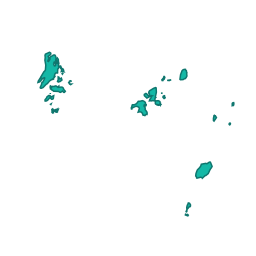 outline of Kota Tual, Indonesia, rotated 194°
{"feature_id": "22746128B79752231805890", "entity_name": "Kota Tual", "entity_type": "district", "adm_level": 2, "iso_a3": "IDN", "parent_name": "Indonesia", "parent_adm1": "", "projection": "mercator", "projection_center": [132.406, -5.449], "detail": "fine", "context": "isolated", "style": "filled", "palette": "teal", "viewbox_px": 256, "rotation_deg": 194, "n_neighbors": 0, "source": "geoboundaries", "source_scale": "gbopen_adm2", "svg_char_len": 5992}
<svg xmlns="http://www.w3.org/2000/svg" viewBox="0 0 256 256"><g transform="rotate(194 128 128)"><path d="M221.3,156.6L220.9,156.4L220.9,155.8L221.8,151.8L222.5,151.5L222.5,149.0L223.0,146.2L222.6,145.5L221.7,145.6L220.2,146.7L217.9,150.7L217.0,151.5L215.5,154.7L212.9,157.4L212.6,157.0L212.1,157.4L212.4,157.9L211.3,160.4L211.5,160.6L212.0,160.1L212.0,162.7L211.2,164.1L209.9,164.2L209.6,164.5L209.9,165.2L210.4,168.3L209.9,169.1L209.9,170.2L210.8,172.1L210.7,174.0L211.6,175.7L211.9,175.1L211.6,173.6L212.7,173.5L213.3,174.9L214.0,174.4L214.2,173.9L214.0,173.0L213.3,171.6L213.9,170.5L214.5,170.5L215.7,172.1L215.3,173.0L215.7,173.8L215.0,174.1L214.9,174.5L213.8,174.6L213.2,175.3L213.7,175.9L214.6,176.1L214.7,176.7L214.5,177.7L215.5,180.0L216.4,181.0L216.9,181.1L218.1,180.7L219.2,179.4L220.1,178.8L220.7,177.7L220.4,175.7L220.7,174.5L221.3,173.3L222.1,173.5L221.6,176.3L221.9,177.1L222.8,178.2L220.9,180.6L220.8,181.3L221.2,182.1L222.5,182.5L226.0,179.7L226.1,178.4L225.4,176.4L225.0,173.6L223.0,169.1L222.2,164.4L222.5,163.3L223.2,162.3L225.0,156.3L224.5,155.7L224.8,155.0L225.3,155.1L226.4,151.8L226.4,150.4L224.8,151.4L222.7,155.6L221.3,156.6ZM50.7,97.8L49.9,97.3L49.3,96.1L49.0,96.0L45.4,97.9L43.9,97.6L43.7,97.3L41.7,100.4L41.0,100.7L39.1,103.2L38.4,107.1L37.8,109.0L37.5,109.4L37.1,111.1L39.8,114.8L40.8,114.6L42.8,112.4L44.0,112.5L48.1,110.6L48.2,108.8L48.9,106.9L50.5,104.2L50.8,102.6L51.0,100.2L50.7,97.8ZM117.8,145.9L116.4,144.0L115.6,144.3L114.6,144.1L114.1,145.1L113.3,145.8L112.9,145.7L112.8,146.1L113.2,147.5L113.7,148.3L115.9,150.1L116.1,151.5L116.5,151.9L116.8,153.1L117.4,152.8L117.8,153.2L117.8,153.9L117.4,153.9L117.1,153.5L116.6,153.7L116.9,154.0L115.9,154.2L115.9,154.8L116.0,155.2L117.0,155.1L116.8,155.3L117.3,156.9L117.8,157.3L119.3,157.9L120.7,158.0L122.7,156.9L124.5,156.4L125.2,154.6L125.9,153.4L127.6,152.0L129.2,151.7L129.6,151.1L129.4,150.2L129.7,148.4L129.3,147.3L128.9,147.3L128.9,148.3L126.1,150.7L124.5,151.2L122.5,150.7L121.7,149.7L122.0,145.8L120.4,146.6L119.0,146.6L117.8,145.9ZM103.8,157.4L101.9,158.4L101.8,158.6L102.4,158.6L102.3,158.2L102.8,158.6L102.7,159.7L101.7,159.8L102.8,159.8L103.3,161.2L103.9,161.6L105.4,161.8L107.3,161.1L108.2,161.3L108.7,161.7L109.0,163.1L108.4,164.4L109.0,164.7L108.5,164.4L108.7,164.2L109.0,164.6L109.1,169.5L110.4,173.7L111.0,173.9L112.8,172.7L116.1,169.3L116.5,167.9L116.3,166.9L115.7,166.2L116.2,167.4L115.8,167.0L114.5,164.1L113.6,164.0L113.2,165.1L112.2,165.1L113.1,164.2L112.9,163.0L113.8,160.9L113.8,159.5L112.7,160.1L112.2,159.8L110.8,160.5L108.7,160.8L107.7,160.1L107.6,158.8L107.0,157.9L106.0,157.7L105.2,157.9L104.8,157.7L104.0,158.0L104.0,157.7L104.3,157.4L103.8,157.4ZM210.1,146.3L209.1,145.7L205.0,146.5L204.0,146.6L202.7,146.2L202.0,146.3L200.5,148.0L199.0,147.0L198.3,147.2L197.7,148.5L199.9,150.0L200.2,150.8L200.9,151.4L201.7,151.7L202.6,151.6L205.7,150.5L208.0,151.4L209.0,151.1L209.6,150.4L211.2,150.2L212.2,148.7L212.3,147.9L211.8,146.9L211.0,146.4L210.1,146.3ZM89.4,187.8L88.8,187.5L86.2,188.3L85.0,189.6L84.3,189.8L83.7,191.3L83.4,192.7L84.2,194.9L84.2,195.9L84.7,196.4L85.2,197.7L86.0,198.0L86.4,198.8L87.4,198.6L88.6,197.9L89.4,196.7L89.9,192.5L89.4,187.8ZM212.6,140.5L214.1,138.8L214.5,136.9L215.3,135.5L215.1,134.2L214.2,134.2L212.8,135.3L211.1,138.6L211.1,140.2L211.5,140.6L212.6,140.5ZM51.8,67.6L51.8,65.2L51.2,63.4L50.9,63.5L49.4,66.5L48.7,66.7L48.5,67.4L48.8,68.6L50.0,69.8L50.8,70.0L51.4,69.8L51.5,67.9L51.8,67.6ZM119.8,163.2L116.9,161.6L115.2,163.1L116.0,163.5L115.5,163.5L115.5,164.1L115.2,164.4L116.8,164.6L118.1,165.7L119.0,165.9L120.3,164.6L120.2,163.8L119.8,163.2ZM207.4,157.7L207.7,156.2L206.8,155.7L205.0,156.8L203.7,158.6L204.8,160.3L205.9,159.2L206.6,159.2L207.0,158.9L206.9,159.9L207.2,160.5L208.1,160.7L207.4,157.7ZM47.5,158.3L46.9,155.9L46.2,155.5L44.7,159.5L46.2,161.0L47.5,160.9L47.6,160.7L47.6,159.7L47.6,160.7L47.4,160.9L47.3,160.3L47.5,158.3ZM206.4,166.7L205.8,167.1L205.2,166.9L204.7,167.2L204.5,166.9L203.9,167.0L204.5,167.4L204.2,167.7L204.4,168.4L205.2,169.5L206.4,169.7L207.2,170.3L208.3,171.8L208.9,171.8L208.9,170.8L207.4,169.3L206.4,168.7L206.4,166.7ZM207.9,141.4L210.4,139.4L210.1,138.0L209.1,137.4L208.0,137.8L207.6,138.5L207.9,141.4ZM201.6,125.9L200.9,126.2L201.2,126.4L201.3,126.4L200.8,126.2L200.5,126.8L200.2,128.8L201.0,128.1L201.4,128.1L200.4,128.9L200.7,129.6L201.0,129.1L202.0,128.8L203.5,127.8L202.7,127.3L202.9,126.9L201.3,126.2L202.0,126.5L202.5,126.4L201.6,125.9ZM205.7,125.0L204.7,124.3L204.2,124.6L204.5,125.0L204.1,125.2L203.9,126.0L204.5,126.3L204.3,126.8L204.9,126.9L204.8,127.6L205.7,128.4L206.4,127.6L205.6,125.6L205.7,125.0ZM106.4,182.3L105.7,182.4L105.7,182.8L104.7,184.1L104.5,186.0L105.2,186.8L105.6,186.7L105.7,185.1L106.8,183.0L106.4,182.3ZM212.6,175.9L212.3,175.6L212.4,176.2L212.0,176.4L211.7,176.0L212.3,177.9L212.8,177.9L213.5,178.8L214.3,177.3L214.3,176.7L213.6,175.9L213.0,175.7L212.6,175.9ZM32.2,175.5L32.3,174.9L31.3,175.2L31.0,176.0L31.3,177.7L31.6,178.2L32.3,177.9L32.8,177.2L32.6,176.0L32.2,175.5ZM101.5,166.2L100.1,165.3L99.5,165.8L99.3,166.5L100.2,167.4L100.4,168.1L100.7,168.0L100.6,167.5L100.9,167.9L101.6,167.2L101.5,166.2ZM51.3,57.5L48.7,57.2L48.4,58.0L49.3,58.6L50.7,58.0L51.3,58.2L51.3,57.5ZM30.2,157.5L30.7,157.2L30.9,156.4L30.7,155.9L30.1,155.6L29.8,155.9L29.6,156.8L29.8,157.3L30.2,157.5ZM195.3,156.5L194.6,156.3L194.9,156.5L195.5,157.0L195.7,158.0L196.1,158.3L195.8,159.4L194.6,159.7L194.7,159.9L195.5,159.9L196.2,159.1L196.1,158.1L196.5,157.7L195.3,156.5ZM213.5,148.9L213.0,147.9L212.4,149.8L213.5,150.1L213.5,148.9ZM97.8,185.2L101.5,183.7L99.4,184.0L97.8,185.2ZM51.4,60.9L50.9,60.8L50.7,61.5L51.1,63.0L51.4,60.9ZM205.7,150.9L205.1,151.0L205.3,151.9L205.6,151.5L205.7,150.9ZM205.1,164.9L204.7,164.4L204.4,165.1L204.7,165.2L205.1,164.9ZM103.6,169.3L103.5,170.0L103.9,170.6L103.6,169.3ZM194.3,156.7L194.0,156.3L193.5,156.9L194.3,156.7ZM208.9,132.3L208.5,132.1L208.4,132.8L208.9,132.3ZM211.8,143.0L211.8,142.6L211.7,142.3L211.7,142.8L211.8,143.0Z" fill="#14b8a6" stroke="#0f766e" stroke-width="1.5"/></g></svg>